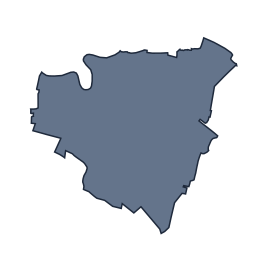 the district of Phu Nhuan, Hồ Chí Minh city, Vietnam, rotated 188°
{"feature_id": "81297802B72603937188235", "entity_name": "Phu Nhuan", "entity_type": "district", "adm_level": 2, "iso_a3": "VNM", "parent_name": "Vietnam", "parent_adm1": "Hồ Chí Minh city", "projection": "orthographic", "projection_center": [106.679, 10.801], "detail": "fine", "context": "isolated", "style": "filled", "palette": "slate", "viewbox_px": 256, "rotation_deg": 188, "n_neighbors": 0, "source": "geoboundaries", "source_scale": "gbopen_adm2", "svg_char_len": 2874}
<svg xmlns="http://www.w3.org/2000/svg" viewBox="0 0 256 256"><g transform="rotate(188 128 128)"><path d="M163.6,61.1L163.2,60.9L157.8,59.5L156.5,58.6L151.8,55.6L150.0,54.6L149.0,54.1L143.4,53.4L141.0,53.1L132.3,48.3L127.3,47.8L123.5,47.4L123.2,52.3L110.4,44.7L104.2,51.8L85.3,34.9L82.5,32.4L80.5,28.2L77.3,30.6L73.7,35.1L72.9,45.5L71.5,60.5L65.4,70.8L63.6,70.8L61.8,70.7L61.3,76.8L63.9,77.2L65.1,77.4L64.8,78.7L59.6,78.4L59.1,81.5L58.9,84.0L58.4,84.4L56.6,85.1L55.4,85.9L55.1,89.6L54.7,92.7L54.4,99.0L54.1,102.7L54.0,104.7L53.5,107.9L53.1,110.0L52.7,111.7L52.2,113.4L50.6,113.0L49.1,113.2L46.5,115.0L45.0,116.9L45.6,118.1L45.8,120.5L44.1,126.7L43.5,128.0L42.4,129.4L40.6,130.2L38.9,130.8L38.6,131.2L38.1,132.7L41.2,134.7L42.2,135.3L44.2,136.5L53.4,141.8L58.7,144.9L57.8,146.6L52.2,143.5L51.5,144.0L50.9,144.2L49.6,147.1L49.3,150.2L48.3,150.2L47.8,156.7L48.9,156.8L48.8,161.0L48.3,177.1L48.2,181.2L40.4,191.9L35.4,198.4L30.7,204.3L30.3,204.9L29.0,204.8L29.7,206.7L30.9,206.9L32.8,207.9L35.5,210.0L35.9,211.0L35.5,212.5L34.6,214.8L35.4,215.9L36.6,217.0L43.2,220.4L54.9,224.8L65.5,227.8L66.0,224.4L67.0,219.1L67.7,217.0L69.9,216.1L73.0,215.8L75.1,215.2L76.2,215.4L76.0,214.5L76.1,213.8L77.8,213.6L79.0,213.9L79.9,213.9L80.1,213.5L81.0,213.6L82.8,213.2L83.6,212.5L84.7,212.7L85.2,212.4L85.5,212.6L86.3,212.4L86.7,212.4L87.3,212.7L87.5,213.2L88.0,212.9L88.6,211.8L90.1,210.3L90.1,210.0L89.8,208.2L89.6,206.1L89.7,204.6L98.6,205.7L99.2,208.0L105.9,206.7L106.0,206.7L114.3,205.5L119.7,205.4L119.9,207.5L122.3,207.6L123.0,207.4L123.0,207.2L127.2,205.2L130.7,203.6L134.8,202.6L136.2,202.5L136.7,202.7L138.7,202.7L139.2,203.3L141.3,203.1L143.1,202.6L145.3,202.6L146.5,203.4L147.4,201.8L148.8,200.6L151.1,198.6L158.9,194.5L165.6,194.1L173.0,195.4L176.6,195.5L178.8,194.9L179.9,193.8L181.2,192.4L181.8,189.9L181.4,188.2L178.3,184.7L173.0,180.5L170.9,176.0L170.0,169.4L170.0,164.4L170.7,162.2L172.7,160.6L175.1,160.0L177.2,160.0L179.5,161.4L181.8,164.5L184.9,172.6L186.8,175.2L189.5,175.9L192.4,175.2L200.6,170.8L208.1,169.2L213.2,168.6L216.2,168.7L220.5,170.7L221.2,171.3L222.9,167.2L223.3,160.9L223.6,157.1L223.9,153.8L223.5,153.4L221.3,153.3L221.2,151.0L221.8,149.3L219.8,135.4L221.6,134.2L224.6,133.5L227.0,133.2L226.7,132.3L226.6,131.3L226.4,129.7L226.3,129.1L225.8,128.9L225.1,129.1L224.2,129.4L223.7,129.5L223.6,128.6L223.6,127.4L223.3,126.5L224.8,125.9L225.0,125.6L225.0,124.9L224.5,120.5L224.4,119.3L220.4,119.4L221.8,112.1L209.6,110.5L208.3,110.3L193.1,108.5L193.2,107.8L197.3,94.0L195.4,93.4L194.2,93.0L191.9,92.3L187.8,90.4L186.6,89.7L186.6,92.2L186.6,96.9L179.6,94.8L179.0,94.4L177.6,93.3L175.7,92.2L167.6,88.0L166.0,86.8L164.4,85.0L163.2,83.6L162.9,82.6L162.9,82.0L163.4,78.7L163.7,77.9L164.5,75.9L164.9,74.9L165.1,73.8L165.4,71.4L165.4,69.2L165.2,68.0L164.5,66.7L163.6,64.4L163.5,63.5L163.5,62.6L163.6,61.1Z" fill="#64748b" stroke="#1e293b" stroke-width="1.5"/></g></svg>